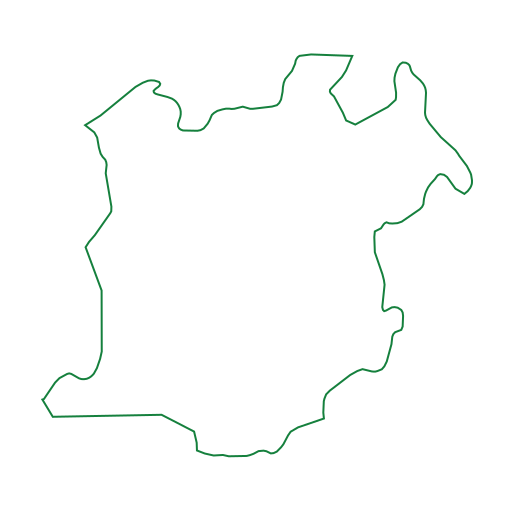 the border of Yaracuy, rotated 178°
{"feature_id": "VEN-36", "entity_name": "Yaracuy", "entity_type": "State", "adm_level": 1, "iso_a3": "VEN", "parent_name": "Venezuela", "parent_adm1": "", "projection": "orthographic", "projection_center": [-68.813, 10.294], "detail": "fine", "context": "isolated", "style": "outline", "palette": "green", "viewbox_px": 512, "rotation_deg": 178, "n_neighbors": 0, "source": "natural_earth", "source_scale": "10m", "svg_char_len": 2940}
<svg xmlns="http://www.w3.org/2000/svg" viewBox="0 0 512 512"><g transform="rotate(178 256 256)"><path d="M464.7,102.4L474.5,120.0L472.9,120.5L461.2,136.5L456.7,140.8L448.9,144.7L446.8,145.2L444.7,144.6L437.1,139.9L434.8,139.1L432.2,138.9L429.5,139.2L427.3,140.0L425.4,141.1L423.7,142.5L422.2,144.0L418.9,149.5L415.4,158.6L413.5,165.9L411.5,226.9L426.0,270.7L422.4,275.9L416.3,282.5L400.2,303.8L399.1,305.7L398.8,310.4L403.3,343.9L402.1,352.2L402.4,355.0L403.3,357.5L405.8,360.4L407.7,363.7L409.2,369.8L410.6,379.9L413.3,385.2L422.2,392.7L406.5,401.8L370.5,429.2L363.1,433.1L357.9,434.9L354.8,435.2L351.4,434.9L346.8,433.3L345.7,431.4L346.3,429.8L347.9,428.3L349.8,427.1L351.4,425.8L352.6,424.5L352.3,423.0L350.8,421.7L348.6,420.9L338.9,418.0L334.5,416.2L332.6,414.9L331.0,413.5L329.6,411.8L328.4,409.9L327.4,407.8L326.6,405.5L326.2,403.0L326.3,400.2L326.8,397.7L329.2,391.2L329.4,389.3L329.4,388.3L329.0,387.4L328.3,386.1L326.7,384.9L324.6,384.0L310.2,383.2L307.1,383.7L303.8,385.3L299.7,389.9L297.7,393.2L295.2,398.5L293.0,400.4L289.5,402.4L284.4,403.7L280.8,404.3L277.6,404.2L275.4,403.8L272.4,403.9L264.0,405.7L256.7,403.3L254.2,403.2L234.7,404.8L229.8,406.0L227.5,408.1L225.5,411.5L223.7,419.2L223.2,423.8L222.2,428.2L220.6,431.8L213.6,439.7L210.2,446.8L209.5,449.9L208.7,451.4L207.4,453.2L205.5,454.5L193.9,455.5L152.8,452.6L159.5,438.3L163.9,431.9L176.2,419.6L176.4,417.6L175.6,415.9L172.5,412.8L164.2,396.2L161.2,388.3L152.2,383.9L119.1,400.3L111.0,407.2L110.5,409.8L110.3,414.3L111.6,425.9L111.3,429.4L110.3,433.4L107.6,439.7L105.3,442.7L102.7,444.3L99.5,443.9L97.5,442.8L96.2,441.5L95.6,440.2L94.5,435.9L93.5,433.8L92.2,432.0L85.8,425.9L83.1,422.5L82.0,420.5L81.1,418.3L80.6,415.9L80.4,413.1L82.1,393.3L81.9,390.9L81.2,388.2L80.1,385.9L77.9,382.2L67.2,368.4L53.0,354.7L50.5,351.0L49.4,349.0L42.1,338.6L38.9,331.8L38.2,329.8L37.5,324.1L37.6,322.0L37.8,320.5L38.5,318.6L39.5,316.7L42.2,313.4L45.6,310.8L54.3,316.3L62.3,328.3L65.3,330.6L69.0,331.4L71.1,330.6L72.4,329.4L74.4,326.7L78.9,322.1L81.6,318.6L83.8,314.5L84.7,312.3L86.1,307.4L86.9,301.9L88.3,299.3L90.7,297.0L109.2,285.2L113.5,283.9L118.6,283.7L121.7,284.0L124.4,285.1L126.3,284.2L127.4,283.1L130.1,279.3L136.4,276.4L137.1,270.8L137.1,255.6L130.3,233.4L129.0,227.4L128.5,222.8L131.6,200.5L131.0,197.7L129.8,196.4L128.0,196.9L122.0,199.9L119.3,200.1L116.2,199.4L112.7,197.0L111.4,194.4L111.1,191.0L111.9,180.4L113.4,177.1L119.6,175.0L121.5,173.1L122.6,170.6L123.7,163.1L129.0,146.0L131.6,141.2L134.2,138.4L138.6,136.8L140.8,136.3L142.7,136.4L144.3,136.6L153.5,139.2L158.8,137.5L166.0,133.8L186.9,118.9L190.7,115.3L192.6,111.0L193.3,108.5L194.2,97.1L193.8,91.2L219.9,83.3L227.5,79.2L230.2,75.6L235.2,66.9L237.5,64.1L242.0,59.8L245.3,58.4L248.1,58.2L252.4,60.5L255.3,61.2L260.3,60.9L265.4,58.4L269.1,57.2L272.3,56.5L290.2,56.8L296.0,58.3L305.3,58.1L314.1,60.4L321.8,63.7L321.8,71.5L324.0,82.7L355.9,100.6L464.7,102.4Z" fill="none" stroke="#15803d" stroke-width="2"/></g></svg>